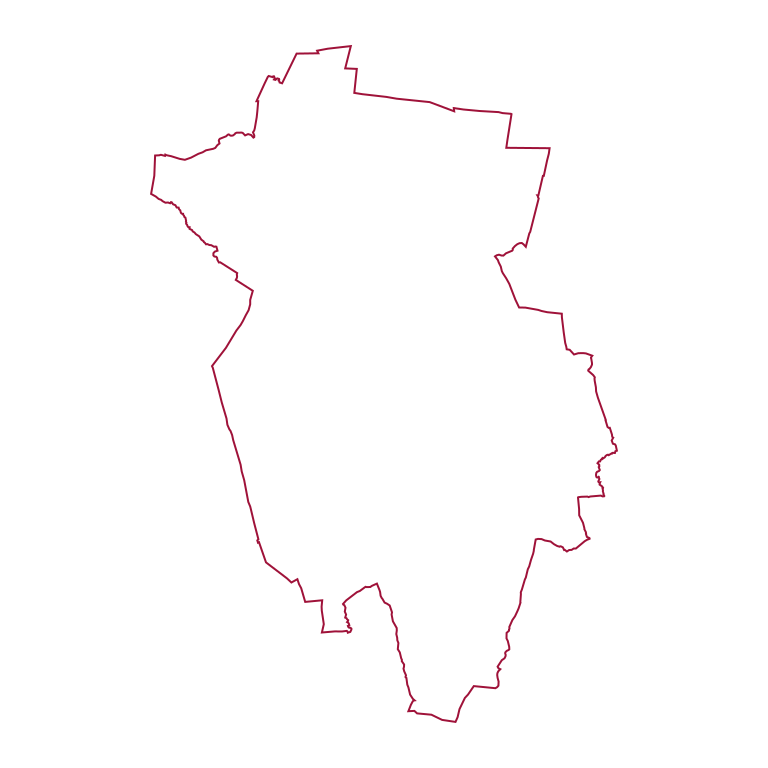 Grumazesti, Neamt, Romania (Albers equal-area conic projection)
{"feature_id": "2599482B9810248780709", "entity_name": "Grumazesti", "entity_type": "district", "adm_level": 2, "iso_a3": "ROU", "parent_name": "Romania", "parent_adm1": "Neamt", "projection": "albers", "projection_center": [26.39, 47.135], "detail": "fine", "context": "isolated", "style": "outline", "palette": "rose", "viewbox_px": 768, "rotation_deg": 0, "n_neighbors": 0, "source": "geoboundaries", "source_scale": "gbopen_adm2", "svg_char_len": 6100}
<svg xmlns="http://www.w3.org/2000/svg" viewBox="0 0 768 768"><path d="M473.8,686.1L495.4,688.2L497.1,687.2L498.4,685.7L498.6,681.6L497.6,677.9L497.2,675.0L497.4,673.2L498.2,671.4L500.3,669.2L498.5,668.3L497.6,666.7L501.8,660.2L504.5,658.3L505.5,656.3L505.7,654.9L505.2,653.5L505.3,652.4L506.7,650.9L508.6,650.0L509.3,649.3L509.2,646.8L507.8,641.0L506.5,638.4L506.6,632.9L509.0,630.7L509.0,629.4L509.4,628.9L509.5,628.3L509.3,627.0L512.4,620.0L515.0,616.3L517.3,611.4L518.6,608.4L520.5,602.6L520.3,602.3L520.9,594.2L520.8,592.3L521.9,589.5L524.9,579.4L525.8,577.6L527.8,569.3L529.2,566.4L531.0,559.9L533.1,553.8L533.8,550.8L533.8,550.0L535.7,539.5L538.0,538.9L541.6,539.1L544.9,540.5L550.6,541.5L554.0,544.2L557.2,546.0L559.6,546.7L560.2,546.3L561.2,546.5L562.9,547.4L564.1,550.0L564.7,549.8L566.9,551.5L569.2,550.0L571.6,549.9L573.7,548.5L575.9,548.5L584.7,541.2L587.0,539.8L589.6,538.8L589.6,538.3L589.3,538.0L586.9,536.9L585.9,533.8L586.1,533.4L585.8,532.0L584.4,529.3L584.4,528.3L583.0,522.8L579.2,515.3L579.1,509.1L578.0,497.5L578.2,497.2L581.4,496.8L587.4,496.6L588.6,497.1L590.2,496.5L600.8,495.6L602.6,496.4L604.1,496.3L604.3,496.0L603.4,494.1L603.6,493.8L602.8,491.1L603.0,490.4L602.5,488.2L603.0,488.1L603.1,487.8L602.0,486.3L599.6,484.6L599.6,484.0L600.2,482.3L599.2,482.5L598.6,482.1L598.3,481.4L599.4,479.0L598.9,477.8L598.9,477.0L598.7,476.8L598.0,477.4L597.1,477.5L596.5,477.1L596.1,475.9L596.0,474.8L596.3,472.9L597.1,471.8L599.0,471.0L599.8,470.0L598.7,467.1L599.3,466.5L599.1,465.7L599.3,465.4L599.2,464.7L597.5,463.2L598.9,461.4L600.1,461.4L600.8,459.8L601.6,459.3L602.0,458.5L602.4,458.2L602.6,458.8L603.0,458.5L604.8,457.3L605.5,456.1L606.7,455.1L608.0,454.7L608.7,455.2L611.1,453.7L611.8,453.7L611.9,453.2L612.8,452.8L614.9,453.0L615.4,451.2L616.9,450.7L615.8,445.6L615.1,444.4L612.9,443.7L611.7,440.5L613.2,437.7L612.6,437.4L612.1,436.1L612.0,434.7L609.8,427.8L608.7,427.9L607.5,426.9L605.5,420.2L605.8,420.0L597.9,397.7L596.1,391.4L595.9,387.3L594.7,380.8L594.5,378.5L594.8,377.3L593.2,375.1L588.3,370.8L588.2,370.3L588.7,369.3L589.4,369.0L590.9,367.1L592.0,364.6L592.0,363.1L591.2,358.4L591.0,358.1L591.0,357.5L592.3,355.7L585.9,353.4L583.0,353.1L578.3,353.2L574.0,354.5L569.7,349.8L566.7,349.3L566.3,346.8L565.2,342.9L563.7,332.2L561.9,317.3L561.8,313.7L547.2,312.2L541.6,311.0L538.2,309.9L525.3,307.6L519.1,307.5L515.4,299.7L509.3,283.9L506.2,278.3L502.8,273.1L501.8,271.0L500.8,266.6L498.7,262.4L497.9,260.1L495.0,256.4L496.7,255.3L499.0,254.7L501.4,255.5L503.4,255.6L506.0,253.3L512.2,250.7L512.8,249.8L512.7,248.6L514.9,246.1L517.3,244.2L519.5,243.2L521.8,243.0L523.6,244.4L525.8,246.8L529.3,233.4L530.2,231.9L538.7,198.4L538.1,197.5L537.9,196.3L537.3,195.3L538.4,195.3L542.9,175.9L543.8,175.9L547.1,160.4L548.8,153.8L549.6,148.2L506.3,147.8L507.4,140.1L511.5,114.1L510.9,113.8L502.6,113.1L498.6,112.1L479.6,111.0L463.5,109.5L453.8,108.1L454.2,111.3L429.7,102.1L396.7,98.7L386.3,96.9L362.5,94.2L354.3,92.9L356.8,68.9L345.2,68.4L350.8,46.1L327.8,48.7L317.1,50.7L318.4,53.3L296.6,53.6L282.1,83.3L279.6,82.5L279.4,81.4L278.6,80.6L279.2,79.6L279.0,78.9L277.2,78.4L275.4,79.9L274.0,79.5L274.8,78.2L274.0,76.3L273.2,76.3L272.6,77.1L268.7,76.0L267.8,76.9L264.7,83.3L256.5,101.2L258.2,101.2L257.3,111.6L256.7,117.3L254.8,128.3L254.2,130.5L253.0,132.3L254.3,135.5L254.2,137.1L253.4,137.6L251.1,135.0L248.1,134.1L245.1,135.4L242.7,132.9L241.7,132.6L236.6,132.7L235.3,133.3L234.7,134.2L232.9,135.5L231.6,135.7L230.4,135.6L228.8,134.4L227.8,134.7L226.1,136.3L219.8,138.8L219.1,139.7L218.8,140.7L219.5,143.5L217.3,145.2L215.3,147.9L213.2,148.8L206.0,150.3L202.6,152.3L198.4,153.8L191.1,157.6L184.9,159.8L179.8,158.9L171.2,156.2L166.5,155.2L165.3,154.6L165.0,155.9L160.9,154.8L159.2,155.3L155.1,155.5L154.3,175.8L151.1,193.9L155.9,196.6L158.6,198.9L161.2,199.9L162.5,201.1L165.4,202.7L168.0,202.5L170.2,203.3L170.7,202.9L170.9,202.2L171.6,202.2L173.1,204.3L175.4,205.2L176.7,207.5L178.6,207.6L179.1,209.3L180.3,210.4L180.6,211.9L181.2,213.2L181.9,213.7L183.0,213.8L182.9,214.4L184.0,215.7L184.4,217.0L185.4,217.6L186.1,220.8L185.9,221.8L186.4,222.5L186.1,223.7L187.1,224.8L187.4,225.9L188.1,226.9L188.5,227.3L189.6,227.2L189.6,228.9L192.1,230.1L192.7,231.4L194.5,232.5L195.8,234.1L199.3,236.4L201.3,239.6L203.7,241.4L203.9,242.1L205.0,242.9L206.0,244.3L207.4,244.1L209.3,245.0L211.3,245.2L214.1,246.8L215.3,246.5L216.4,246.7L217.5,250.7L214.8,251.6L213.4,253.2L213.4,255.5L214.4,256.5L216.3,256.8L217.1,257.9L217.3,259.6L218.9,262.5L220.2,262.3L237.2,273.1L236.8,274.7L237.1,276.2L236.9,277.8L235.8,279.9L252.8,290.8L250.2,299.9L250.2,304.3L248.6,310.2L245.8,315.2L242.8,321.2L240.6,325.0L236.4,330.5L225.9,347.9L212.0,366.1L212.8,367.8L218.7,390.2L221.8,402.6L226.5,418.5L227.4,424.8L229.4,429.4L230.5,430.9L232.1,435.0L233.2,440.1L240.6,464.7L241.7,471.4L244.2,480.2L248.3,502.0L250.2,506.5L250.9,509.3L254.2,523.2L258.4,539.3L257.3,540.4L258.0,542.7L259.0,542.2L266.0,562.4L287.0,578.4L291.4,582.5L297.4,579.2L299.0,584.1L301.2,588.2L305.2,601.9L322.2,600.3L321.6,606.7L321.8,610.7L323.8,624.2L321.9,632.5L334.9,631.4L341.8,631.5L346.8,630.9L347.5,631.5L347.8,632.7L350.3,631.9L351.4,629.6L351.4,628.6L350.5,627.8L349.1,627.7L348.2,626.8L347.9,625.9L349.3,625.3L349.0,624.0L348.4,622.9L347.1,622.1L347.9,621.2L348.2,620.2L347.1,619.3L346.5,618.2L345.2,617.6L346.1,614.6L344.8,611.6L345.5,607.7L344.3,605.1L343.4,604.7L343.0,604.0L346.2,600.4L357.0,592.1L359.8,591.0L364.8,587.3L365.6,586.8L366.4,587.1L370.3,587.0L371.8,585.9L376.9,583.6L379.5,590.1L380.1,592.0L380.6,595.8L381.7,598.0L382.4,598.8L384.6,602.6L387.0,603.7L389.7,605.5L392.0,612.3L391.6,614.5L392.9,621.3L396.7,628.0L396.8,630.5L396.3,634.0L397.2,637.8L397.3,640.2L398.4,643.0L397.8,649.2L399.8,652.4L401.2,658.3L401.9,659.8L401.8,661.2L404.1,664.5L404.0,666.8L403.5,668.6L404.2,671.3L406.0,675.3L405.5,676.9L405.6,677.3L406.4,677.9L407.3,684.7L408.4,687.4L410.1,694.6L412.9,698.9L414.6,700.4L413.4,700.6L412.6,701.6L410.9,704.8L408.4,711.2L414.4,710.9L417.1,713.4L431.4,714.7L442.1,719.9L455.5,721.9L457.6,717.2L459.5,709.1L464.9,697.9L468.0,694.6L473.8,686.1Z" fill="none" stroke="#9f1239" stroke-width="2"/></svg>